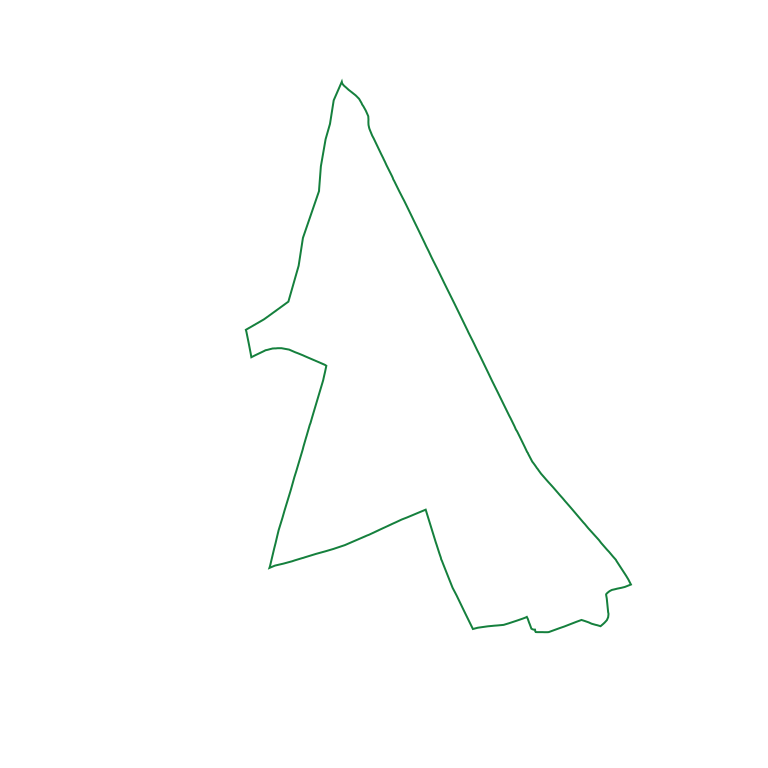 the district of Al Wehdah, Amanat Al Asimah, Yemen, rotated 71°
{"feature_id": "15242507B40413338286185", "entity_name": "Al Wehdah", "entity_type": "district", "adm_level": 2, "iso_a3": "YEM", "parent_name": "Yemen", "parent_adm1": "Amanat Al Asimah", "projection": "albers", "projection_center": [44.192, 15.335], "detail": "fine", "context": "isolated", "style": "outline", "palette": "green", "viewbox_px": 768, "rotation_deg": 71, "n_neighbors": 0, "source": "geoboundaries", "source_scale": "gbopen_adm2", "svg_char_len": 3242}
<svg xmlns="http://www.w3.org/2000/svg" viewBox="0 0 768 768"><g transform="rotate(71 384 384)"><path d="M601.7,231.5L586.7,237.9L581.6,239.8L579.8,240.6L564.7,246.5L562.9,247.2L559.9,248.4L553.8,250.9L550.1,252.3L546.8,253.7L536.8,257.7L530.3,260.5L527.4,261.7L524.4,262.9L520.0,264.7L516.1,265.9L514.6,266.3L513.0,266.9L511.7,267.2L507.4,268.5L505.7,269.1L497.1,270.4L495.7,270.5L495.0,270.8L489.5,271.4L477.4,272.9L472.0,273.6L470.1,274.1L466.3,274.4L457.4,275.5L454.9,275.9L442.2,277.5L427.7,279.3L416.3,280.8L407.5,281.8L386.6,284.3L382.3,284.9L374.5,285.8L371.3,286.2L370.7,286.3L362.6,287.4L360.4,287.6L358.1,287.9L338.4,290.3L331.1,291.2L314.2,293.4L308.0,294.2L304.6,294.6L293.2,296.0L283.7,297.3L279.8,297.8L272.4,298.6L268.1,299.2L267.2,299.3L264.3,299.6L250.7,301.2L238.5,302.7L237.5,302.8L221.8,304.7L217.1,305.3L213.9,305.8L208.3,306.6L206.9,306.8L202.2,307.4L195.1,308.3L193.6,308.6L191.9,308.6L189.9,308.8L178.0,310.4L173.8,310.8L171.6,311.1L170.3,311.2L165.8,311.8L148.4,313.8L145.3,314.3L140.1,314.6L137.8,314.7L136.5,314.6L134.0,314.3L131.3,313.5L128.9,312.6L125.7,311.7L119.7,312.2L114.6,313.1L112.5,313.7L111.5,313.7L106.3,314.7L101.9,316.8L94.3,321.7L91.0,323.5L89.3,324.5L88.5,324.9L86.2,325.7L84.5,325.5L99.4,339.2L120.5,350.4L133.5,359.5L157.6,372.8L179.1,382.1L180.4,382.6L219.5,413.1L244.4,426.2L275.0,447.6L282.8,473.1L283.8,476.5L287.8,497.0L289.8,497.1L302.6,498.8L311.7,500.1L315.5,500.7L314.9,496.4L313.7,486.0L313.5,485.2L313.8,482.8L313.9,481.0L314.1,478.6L314.2,477.5L315.1,474.8L315.5,473.0L316.7,469.4L320.6,462.5L325.1,457.6L326.9,455.4L330.5,451.3L332.2,449.5L338.2,442.9L346.8,433.5L348.0,432.6L353.2,435.7L357.7,438.5L360.5,440.2L362.9,441.9L391.4,462.3L397.1,466.3L398.5,467.5L408.3,474.4L409.1,475.0L416.9,480.5L419.5,482.2L438.1,495.5L442.8,499.0L453.1,506.1L455.5,507.8L471.2,519.2L475.2,522.0L477.5,523.6L487.9,531.2L492.9,534.4L499.4,538.5L503.8,541.4L519.3,551.2L520.6,552.2L520.2,546.2L521.1,537.5L521.2,536.0L521.7,528.4L521.7,526.0L522.0,517.9L522.1,517.0L522.1,515.3L522.5,503.6L523.1,494.1L523.5,485.2L523.5,484.4L523.5,483.5L523.6,473.5L522.9,464.6L521.7,448.9L521.7,447.7L520.3,434.7L520.0,431.8L518.9,421.2L518.6,417.9L517.9,411.3L517.7,405.8L516.8,392.0L516.4,385.5L550.8,386.6L552.7,386.6L562.8,386.8L566.8,386.8L568.5,387.0L569.9,386.8L573.0,386.7L588.3,386.0L599.0,385.5L602.3,385.0L604.2,384.7L607.6,384.2L624.5,382.2L629.4,381.6L644.6,379.7L645.0,374.6L646.9,364.8L648.2,359.4L648.4,358.5L649.2,355.5L650.7,349.3L650.9,344.0L651.0,335.6L651.0,331.4L651.0,330.0L651.0,329.1L650.9,326.1L650.7,324.8L652.9,324.5L656.9,324.5L658.3,324.4L663.3,324.3L664.2,323.5L665.0,322.4L665.4,321.2L666.3,321.3L667.0,321.5L667.9,321.3L668.4,320.2L671.9,310.2L672.2,309.0L672.0,297.5L672.0,292.4L671.9,290.0L671.5,279.6L671.4,274.1L673.4,271.4L676.0,268.1L678.2,265.8L680.5,262.5L681.5,260.9L683.5,258.1L682.2,254.8L681.4,253.0L679.8,250.1L677.5,248.0L675.0,246.8L674.1,246.5L672.9,246.4L659.3,243.2L655.5,242.6L654.8,242.0L654.0,240.2L653.3,238.2L652.9,235.6L653.3,231.9L653.4,230.3L654.0,225.8L654.3,222.4L654.0,215.8L651.3,216.2L648.4,216.6L644.2,217.5L627.0,221.8L625.7,222.0L621.6,223.7L616.1,225.8L613.2,227.1L604.8,230.5L601.7,231.5Z" fill="none" stroke="#15803d" stroke-width="2"/></g></svg>